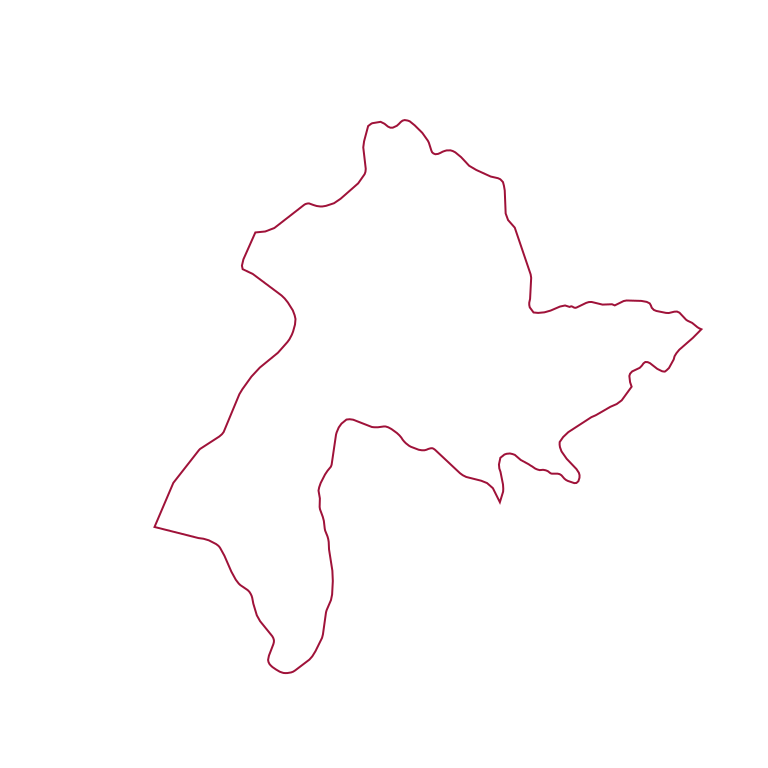 Huánuco, Albers equal-area conic projection, rotated 138°
{"feature_id": "PER-579", "entity_name": "Huánuco", "entity_type": "Department", "adm_level": 1, "iso_a3": "PER", "parent_name": "Peru", "parent_adm1": "", "projection": "albers", "projection_center": [-76.085, -9.412], "detail": "fine", "context": "isolated", "style": "outline", "palette": "rose", "viewbox_px": 768, "rotation_deg": 138, "n_neighbors": 0, "source": "natural_earth", "source_scale": "10m", "svg_char_len": 3958}
<svg xmlns="http://www.w3.org/2000/svg" viewBox="0 0 768 768"><g transform="rotate(138 384 384)"><path d="M623.9,229.1L641.7,230.6L644.0,231.0L646.0,231.8L649.3,233.9L650.8,235.2L652.1,236.6L653.1,238.3L654.0,240.0L655.3,244.1L656.3,248.3L656.5,250.5L656.5,252.4L655.9,254.6L654.8,256.5L651.3,259.1L640.3,264.7L638.5,265.9L637.2,267.3L636.3,269.2L635.8,271.3L634.8,290.6L633.3,297.2L628.1,308.2L625.0,313.3L624.1,315.2L623.5,317.3L623.1,319.6L623.2,322.0L625.3,330.5L625.5,332.9L625.1,337.8L623.0,346.7L617.5,363.2L615.5,371.7L615.3,373.4L615.4,375.0L615.9,377.5L618.8,385.1L621.7,389.8L625.0,393.7L650.2,431.3L606.7,451.5L565.7,458.7L564.1,458.8L541.6,455.2L538.1,455.1L535.3,455.6L498.3,473.2L492.7,474.9L477.6,478.2L465.3,479.3L441.9,478.2L427.7,479.8L424.4,480.5L419.5,482.3L416.5,483.8L410.4,487.7L406.3,491.5L404.4,494.9L402.5,499.7L400.9,508.9L400.6,514.0L400.9,518.3L407.9,553.6L412.2,563.9L410.4,567.0L405.1,570.7L378.2,582.7L370.2,576.8L361.1,573.3L323.7,570.6L322.0,570.3L320.2,569.4L318.9,568.4L316.6,564.1L314.9,561.3L312.6,558.6L311.2,557.3L307.9,555.2L300.2,551.8L292.3,550.7L268.9,550.4L258.0,552.9L255.8,554.1L253.6,556.1L241.1,573.7L236.4,577.7L223.2,586.3L219.6,586.0L218.3,585.7L211.1,581.1L209.5,577.1L208.8,572.6L207.8,570.3L205.9,568.6L201.7,567.3L198.8,567.3L196.2,567.5L194.0,567.3L192.0,566.3L190.1,563.9L189.1,562.0L188.1,555.7L187.5,545.0L188.6,535.5L189.2,533.3L192.6,525.8L193.2,524.0L193.0,522.3L192.1,520.4L189.8,518.8L187.4,518.0L185.0,517.4L183.0,516.6L181.2,515.7L178.3,513.2L177.0,511.1L176.0,508.4L174.9,501.0L174.7,489.2L172.2,481.3L165.9,466.8L161.6,460.7L160.6,458.4L160.5,456.7L160.5,454.4L162.2,451.1L164.8,447.0L179.5,429.3L182.1,422.8L182.2,412.7L201.7,367.3L203.6,364.4L218.5,349.5L221.7,347.2L223.2,345.5L224.4,343.4L225.0,337.1L221.9,333.7L216.8,329.9L211.1,327.1L201.4,323.8L196.9,321.2L194.5,317.1L192.9,316.5L192.2,315.4L191.8,314.0L191.0,312.7L189.8,312.0L179.5,309.0L176.9,307.8L174.8,306.0L168.5,296.8L161.2,290.7L159.9,288.0L150.4,285.3L147.8,283.7L137.1,273.5L133.8,269.2L132.6,266.1L133.1,263.8L134.0,261.5L133.9,258.5L132.7,256.0L126.9,248.2L124.9,246.2L119.9,243.5L117.8,241.8L116.7,239.3L116.5,229.7L116.1,228.0L114.1,223.2L113.1,216.6L112.5,214.5L111.5,212.3L123.7,211.6L141.6,211.9L146.2,211.2L149.5,210.2L152.3,208.4L161.5,205.2L164.9,205.1L167.0,205.3L167.7,206.0L168.8,207.4L170.8,212.4L172.4,221.5L173.4,223.8L175.1,225.5L177.4,225.7L180.0,225.1L183.1,224.9L191.2,227.3L194.2,227.0L196.3,225.8L199.9,220.7L201.8,216.3L218.3,212.8L224.5,213.4L231.1,215.6L247.6,219.1L252.1,220.6L279.2,224.9L286.4,224.7L292.3,223.3L294.1,221.4L295.5,219.3L297.2,215.1L298.3,206.2L297.9,192.0L298.6,187.6L299.7,185.4L301.5,183.5L304.6,181.7L307.2,181.7L308.9,183.0L312.3,189.1L313.0,191.1L313.3,193.1L313.2,197.4L313.8,199.5L315.0,201.2L319.1,204.9L319.6,205.5L320.0,206.4L320.6,209.7L321.6,211.7L323.2,213.8L325.9,215.8L327.2,217.8L328.2,219.9L329.1,223.7L329.7,225.5L330.2,227.6L333.2,236.0L334.2,243.8L335.4,246.0L336.9,248.1L339.6,250.1L341.7,251.0L346.9,251.3L352.4,247.3L354.8,244.1L356.2,240.8L362.8,229.7L365.5,226.3L367.5,224.3L377.0,218.6L372.8,233.7L373.7,241.4L376.5,247.1L385.1,259.9L386.5,263.5L387.2,266.8L390.1,301.0L390.5,302.7L390.9,303.7L391.9,304.7L392.9,305.3L394.6,306.1L396.4,306.7L398.3,307.7L400.2,309.4L402.2,311.9L406.0,319.3L406.7,321.3L407.4,325.4L407.5,327.8L407.4,330.2L407.0,332.5L406.9,335.5L407.2,338.9L408.6,345.5L409.8,348.9L411.2,351.3L412.6,352.6L417.6,356.0L420.5,358.7L421.8,360.2L430.8,378.1L433.1,380.8L435.7,382.7L442.1,383.0L446.7,382.0L451.6,379.7L453.5,378.5L476.9,359.1L478.8,358.1L484.1,357.3L488.4,356.2L497.3,352.8L501.3,350.6L504.0,348.6L508.2,341.9L514.1,335.7L515.4,333.7L518.4,326.2L520.3,322.5L524.8,316.2L525.8,314.5L528.0,308.5L529.2,306.1L530.8,303.6L535.5,297.9L547.3,279.8L553.9,271.8L563.4,262.3L568.0,258.9L578.0,254.3L579.9,253.1L596.9,238.8L599.9,236.8L613.7,231.3L619.5,229.6L623.9,229.1Z" fill="none" stroke="#9f1239" stroke-width="2"/></g></svg>